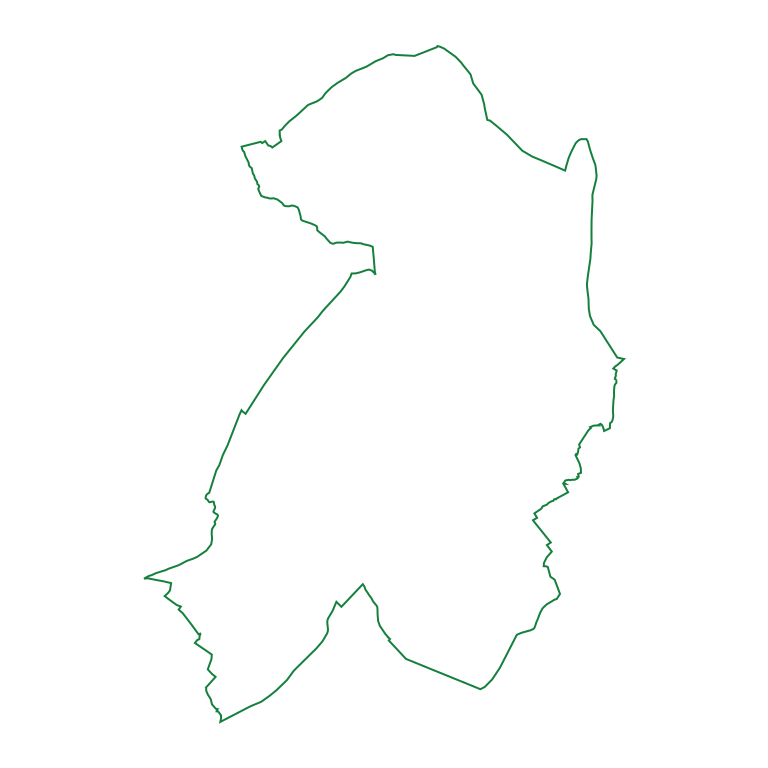 outline of Ohaba, Alba, Romania
{"feature_id": "2599482B92968068732645", "entity_name": "Ohaba", "entity_type": "district", "adm_level": 2, "iso_a3": "ROU", "parent_name": "Romania", "parent_adm1": "Alba", "projection": "orthographic", "projection_center": [23.801, 46.088], "detail": "fine", "context": "isolated", "style": "outline", "palette": "green", "viewbox_px": 768, "rotation_deg": 0, "n_neighbors": 0, "source": "geoboundaries", "source_scale": "gbopen_adm2", "svg_char_len": 5294}
<svg xmlns="http://www.w3.org/2000/svg" viewBox="0 0 768 768"><path d="M480.4,689.2L484.8,686.9L492.2,679.4L500.0,667.6L516.8,634.8L521.5,632.8L530.8,630.2L533.5,628.9L534.4,627.9L535.6,624.7L536.3,622.4L537.7,619.3L540.0,613.1L542.4,608.6L543.5,607.4L546.5,604.5L554.7,599.6L556.6,599.1L560.0,594.0L554.7,579.7L550.4,576.7L547.8,567.0L546.0,566.3L543.7,566.2L544.0,562.8L546.9,557.1L551.8,551.6L546.9,545.1L550.8,542.5L534.4,522.1L533.0,520.2L537.1,517.8L534.4,513.4L534.8,513.1L541.4,508.6L542.6,506.4L547.0,504.6L548.4,503.0L551.7,501.2L553.5,500.7L554.3,499.2L556.1,499.2L556.1,498.8L568.1,492.3L563.4,483.8L565.5,483.9L564.7,483.4L564.0,482.7L564.8,481.1L565.5,480.4L569.0,479.8L570.3,480.2L572.3,479.7L574.6,479.8L577.6,478.4L577.3,476.9L578.7,476.7L578.1,474.0L581.0,472.8L580.8,468.2L579.3,463.0L575.5,455.1L576.2,454.0L577.2,454.5L578.0,452.1L578.5,448.6L580.0,447.4L579.1,444.5L588.4,430.3L590.9,428.0L590.1,427.1L593.7,425.6L599.3,425.4L598.8,424.7L600.5,423.8L601.9,424.9L602.7,426.4L603.6,428.9L604.1,431.0L609.9,428.2L610.0,423.3L611.7,421.9L612.5,420.2L613.3,416.2L612.9,410.2L613.5,399.9L614.1,396.2L614.0,393.0L614.1,389.7L614.4,386.5L614.9,384.6L616.4,382.8L616.3,379.4L616.3,379.5L614.8,378.9L614.8,378.4L615.9,375.8L615.7,374.2L616.7,370.6L613.3,368.5L615.4,366.3L617.4,365.0L624.0,359.0L619.9,358.1L617.2,357.5L606.2,340.3L600.4,331.2L593.7,324.8L590.0,316.1L588.8,308.8L588.5,299.0L587.8,293.4L587.1,287.3L587.0,283.4L587.6,278.0L588.6,270.8L590.4,258.8L590.7,253.7L591.6,243.4L591.5,237.0L591.5,229.5L591.6,219.3L592.5,201.3L592.4,194.9L596.3,178.9L596.6,175.7L595.7,167.4L595.3,164.8L592.8,158.1L590.1,149.9L589.3,146.9L587.9,141.6L587.6,141.0L586.5,139.1L584.1,139.2L581.6,139.1L579.5,139.7L577.7,141.1L575.6,143.3L572.4,149.6L571.7,150.9L569.8,155.2L568.5,158.5L566.7,164.5L565.1,170.6L561.0,168.8L549.2,163.7L532.1,156.5L522.3,150.7L515.0,143.1L510.0,137.9L507.2,134.9L496.3,125.7L490.2,120.7L487.3,119.9L485.2,110.2L484.7,107.7L484.2,104.4L482.1,96.6L481.7,94.9L473.2,83.4L470.5,74.3L463.1,65.2L461.4,62.8L455.5,56.7L445.4,49.5L444.0,48.5L439.6,46.6L437.4,46.1L436.8,47.2L414.6,55.9L395.5,54.9L393.4,54.2L392.8,54.3L388.0,55.2L383.1,58.2L375.7,61.2L366.4,66.7L355.7,70.9L351.6,73.3L349.6,74.8L345.9,77.9L337.5,82.9L331.7,87.1L325.7,92.9L324.3,94.8L322.3,97.7L319.0,100.1L316.6,101.5L308.1,104.9L296.3,115.8L289.1,121.5L284.7,126.0L281.9,129.4L280.8,130.0L279.7,130.5L279.7,132.2L279.7,133.9L279.8,133.8L280.1,137.4L281.4,141.1L272.3,147.5L270.5,146.0L268.3,145.5L265.2,141.1L262.1,143.1L260.7,141.8L241.6,146.7L242.3,149.5L243.0,150.9L244.2,152.0L245.3,156.0L248.7,162.7L248.8,164.4L249.3,165.9L249.8,166.6L251.7,168.1L252.9,173.6L254.0,175.2L254.5,176.6L254.8,178.3L255.9,180.0L257.0,181.6L257.4,184.1L258.8,185.3L259.2,186.9L258.2,188.8L258.8,190.6L261.2,195.8L263.2,196.7L265.6,197.5L267.5,197.7L268.8,198.3L271.0,198.5L273.9,198.3L277.4,199.5L282.1,203.0L283.7,205.3L285.3,206.1L288.9,206.3L290.4,205.9L292.0,205.5L294.4,205.9L297.7,207.5L298.9,210.0L300.6,216.3L301.0,219.4L302.3,220.6L306.2,221.9L310.8,223.4L312.7,224.2L315.1,225.3L316.5,226.1L317.1,227.3L317.3,230.4L321.1,233.5L324.7,236.2L326.6,238.7L330.2,242.7L332.5,243.7L334.0,243.7L334.5,243.3L336.1,242.7L337.6,242.7L339.6,242.5L343.2,242.8L347.7,241.6L349.0,242.0L352.9,242.8L357.1,243.2L359.4,243.2L361.6,243.4L362.3,243.9L363.8,244.3L368.7,245.3L370.8,246.0L372.7,246.8L373.0,249.9L373.7,257.6L374.3,265.0L374.8,271.6L375.6,274.8L374.9,273.8L374.2,272.9L371.9,270.6L369.1,269.6L366.8,270.0L363.3,271.2L359.8,272.4L355.6,273.4L351.6,273.5L350.3,277.1L344.3,286.6L340.1,292.1L324.5,309.0L322.4,311.4L317.7,317.4L304.4,331.6L283.1,358.0L264.2,384.7L245.6,413.8L242.4,411.3L241.5,410.2L239.4,414.8L227.5,445.5L222.9,454.9L219.4,465.0L216.3,470.4L211.3,486.3L209.2,492.8L207.1,494.1L206.1,495.6L205.6,497.5L205.7,498.6L207.5,499.7L209.0,502.0L209.7,502.3L212.7,501.5L213.7,501.8L214.2,504.5L215.1,506.7L215.1,507.9L213.5,511.3L213.5,512.0L214.4,512.8L217.7,514.8L217.9,516.2L217.1,518.0L214.7,521.6L214.6,522.2L215.2,523.5L215.1,524.5L213.4,526.8L212.0,529.3L211.8,530.5L211.7,534.1L212.1,539.1L211.2,544.3L206.4,550.6L197.1,556.9L193.6,558.5L186.8,560.9L178.9,565.1L172.1,567.5L168.4,568.8L166.0,570.0L155.8,573.2L151.5,575.2L149.0,575.9L144.0,578.6L147.9,578.3L157.3,580.2L163.4,581.3L171.1,583.1L170.0,590.3L168.3,592.7L164.7,596.1L169.1,599.5L176.7,605.0L180.8,606.5L178.7,609.6L182.9,613.4L191.1,624.1L198.5,634.2L200.2,633.7L200.3,634.6L199.7,635.5L199.3,639.2L197.3,640.0L194.9,643.0L206.5,650.9L211.8,654.6L211.5,658.9L207.8,669.4L211.8,673.8L215.6,676.9L205.9,687.6L206.2,688.3L206.2,690.7L208.0,694.9L209.4,696.9L210.8,699.3L212.0,704.4L215.9,708.8L217.5,709.1L217.1,709.5L216.6,711.3L218.0,711.3L221.0,715.3L221.1,718.2L220.3,721.9L250.6,706.2L261.0,701.9L261.9,701.3L269.6,695.8L276.5,690.2L287.0,680.0L293.7,670.9L297.2,667.3L316.5,648.3L322.4,641.4L327.1,633.5L327.8,631.3L328.0,629.6L327.3,623.0L327.4,620.4L328.1,618.4L332.1,611.7L333.0,609.9L336.4,601.8L341.4,606.8L362.8,584.2L364.4,586.5L365.6,589.9L367.6,592.7L368.9,594.8L371.3,598.0L373.2,601.6L376.5,605.5L377.3,607.1L377.5,609.7L377.6,614.5L378.1,620.9L379.8,625.8L385.5,634.2L388.1,637.0L387.9,637.2L389.2,638.4L390.0,639.0L388.8,640.5L399.2,651.6L405.9,658.9L480.4,689.2Z" fill="none" stroke="#15803d" stroke-width="2"/></svg>